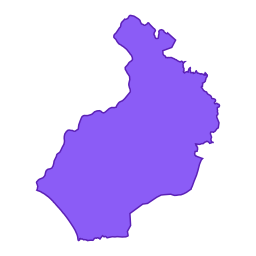 outline of Coahuayana, Michoacán, Mexico
{"feature_id": "50627088B63268830739579", "entity_name": "Coahuayana", "entity_type": "district", "adm_level": 2, "iso_a3": "MEX", "parent_name": "Mexico", "parent_adm1": "Michoacán", "projection": "albers", "projection_center": [-103.604, 18.758], "detail": "fine", "context": "isolated", "style": "filled", "palette": "violet", "viewbox_px": 256, "rotation_deg": 0, "n_neighbors": 0, "source": "geoboundaries", "source_scale": "gbopen_adm2", "svg_char_len": 5742}
<svg xmlns="http://www.w3.org/2000/svg" viewBox="0 0 256 256"><path d="M161.6,29.7L159.9,30.1L159.3,30.6L158.8,31.5L159.0,32.7L159.0,33.7L158.6,35.2L158.3,38.0L157.8,38.4L157.1,38.5L156.2,38.5L155.7,38.3L155.0,37.2L154.8,36.1L154.5,35.4L154.1,34.9L153.9,34.1L154.4,32.3L155.0,31.5L155.4,30.4L155.2,30.0L154.5,28.9L153.7,28.4L152.5,27.2L149.8,24.4L148.8,23.1L148.5,22.9L148.0,22.8L147.1,23.9L145.1,25.2L144.6,25.3L143.9,25.1L143.3,24.6L141.4,23.8L140.4,21.8L140.0,20.5L139.5,19.9L138.1,18.7L134.3,16.3L133.0,15.9L131.0,15.6L130.9,15.4L130.4,15.4L129.9,15.5L129.4,15.9L129.0,16.3L128.1,18.0L127.6,18.5L126.5,19.1L125.6,19.4L125.1,19.3L124.7,19.1L123.4,20.6L122.0,22.0L121.3,23.1L121.0,23.8L120.6,26.4L120.3,27.0L120.0,27.5L119.5,27.8L116.1,32.9L114.8,34.1L114.0,35.2L113.8,37.1L114.4,38.0L115.9,39.4L117.1,41.6L118.8,43.8L119.7,44.3L121.0,45.0L121.8,45.7L123.2,46.5L126.6,49.3L129.8,53.3L130.4,54.3L131.4,55.3L132.3,57.5L132.5,59.4L132.1,60.1L131.2,61.0L130.1,61.7L129.0,62.6L127.6,64.8L125.2,67.4L125.3,68.3L125.2,68.9L125.5,69.8L125.9,70.3L127.4,73.2L128.5,74.7L129.5,76.3L129.8,79.5L128.9,83.3L128.8,84.9L129.5,87.9L129.9,88.7L130.2,89.7L130.3,91.4L130.1,92.1L124.7,98.7L123.2,100.1L122.5,100.7L119.6,102.0L118.6,102.9L117.0,105.2L116.5,106.2L116.3,107.1L115.8,107.3L115.2,107.3L114.9,107.5L114.3,107.6L111.7,107.5L110.2,108.1L109.2,108.6L105.7,111.7L104.6,112.5L103.4,112.9L101.6,112.1L101.0,111.3L99.6,110.7L97.0,110.9L94.6,111.8L92.2,114.0L91.0,114.6L88.4,115.4L87.2,115.6L84.4,115.5L83.4,115.7L82.1,116.6L81.3,118.1L80.2,120.9L78.8,124.8L78.5,127.0L78.3,129.0L75.0,131.3L73.5,131.1L72.5,130.5L70.8,130.4L69.6,130.1L68.7,130.1L67.6,130.4L67.0,131.1L66.5,131.4L64.8,134.0L64.3,136.3L64.2,138.3L64.5,141.0L64.3,142.7L63.9,144.3L62.4,147.0L61.0,150.0L60.0,151.9L59.3,152.6L57.4,153.9L56.7,154.8L56.4,156.3L54.1,161.1L53.8,163.2L53.1,165.8L51.8,168.1L49.8,168.9L48.0,169.2L46.4,170.4L45.7,172.0L44.9,175.5L44.0,176.7L42.9,177.8L39.4,179.2L38.1,180.2L37.7,180.8L36.7,181.8L36.5,182.7L37.3,184.7L37.8,186.6L37.5,187.7L37.3,189.2L36.8,190.1L37.2,190.2L37.4,190.5L39.8,191.3L41.4,192.1L42.3,192.8L43.1,193.1L44.9,194.2L45.3,194.6L45.9,194.9L46.2,195.3L46.9,195.7L47.5,196.3L47.8,196.3L48.7,197.1L51.1,199.3L52.0,200.3L52.7,200.9L53.4,201.6L53.4,201.9L53.7,202.2L54.9,203.3L56.6,205.4L57.5,206.3L58.2,207.2L58.9,207.8L59.4,208.5L60.8,210.0L63.3,213.2L64.3,214.2L64.7,214.8L66.5,217.1L69.2,220.9L73.1,226.8L75.1,230.2L77.0,234.5L77.6,236.5L78.1,240.0L78.5,240.5L79.0,240.4L79.9,239.5L79.8,238.7L80.4,238.5L81.7,239.1L82.5,239.0L83.5,239.8L84.7,239.6L85.1,239.8L86.0,239.7L86.5,240.1L87.0,240.1L87.4,240.6L88.0,240.6L88.6,240.4L91.0,240.2L92.8,240.3L93.2,240.1L93.6,239.6L94.3,238.5L95.5,238.0L96.6,238.2L97.2,237.8L97.9,237.7L98.5,238.2L99.1,238.2L99.9,238.8L100.0,239.0L100.3,238.8L100.5,238.2L102.5,235.7L103.6,236.5L104.1,236.6L104.2,236.8L104.9,236.5L105.7,236.5L106.8,237.4L107.1,237.8L112.2,236.7L115.0,236.9L117.2,236.6L122.2,237.0L123.9,236.9L125.9,236.8L127.9,236.0L128.1,235.4L127.4,231.4L130.6,225.5L129.9,213.5L142.7,204.1L147.6,203.4L156.8,197.2L161.2,195.0L164.1,194.7L170.8,194.2L172.7,194.9L174.5,195.4L176.4,195.3L178.8,194.9L180.9,194.8L183.6,193.8L186.4,192.4L191.2,189.0L191.4,187.7L192.0,186.9L194.1,181.1L196.5,175.2L198.0,170.2L199.5,164.3L201.2,160.1L202.6,158.5L201.9,158.3L195.7,156.0L195.7,155.5L195.1,155.3L194.8,154.7L194.6,153.5L194.8,153.2L195.1,151.5L197.1,151.3L197.2,151.1L197.2,150.6L197.6,149.3L197.5,147.2L196.9,146.7L196.7,146.4L196.8,145.8L196.6,145.4L196.1,145.5L195.6,143.9L199.3,144.4L199.7,144.4L201.8,143.6L203.0,143.7L205.0,142.1L205.8,141.9L206.6,141.5L206.8,141.3L207.6,141.5L209.0,142.4L209.5,142.9L209.6,143.3L211.0,143.0L211.9,142.3L212.4,142.3L213.5,142.8L212.9,142.2L211.5,141.8L211.4,141.7L210.9,139.2L211.1,138.4L211.5,137.5L211.5,137.0L210.5,134.1L210.4,133.1L210.9,132.0L212.5,132.0L213.5,132.3L214.0,131.8L215.0,131.3L217.1,128.5L217.9,128.2L218.3,127.7L219.0,122.8L216.7,117.1L216.7,115.4L217.7,114.7L217.8,114.4L217.9,113.8L217.9,113.2L217.3,111.9L217.6,110.7L217.3,109.2L217.4,107.4L218.9,107.0L219.4,106.1L219.5,105.6L219.4,105.2L218.9,104.4L218.7,104.2L217.7,104.1L216.9,103.3L216.6,103.3L215.5,103.8L215.0,103.8L214.6,103.5L214.4,103.1L214.4,102.5L215.2,101.5L215.5,100.9L215.5,100.1L215.2,99.5L214.4,99.0L213.2,98.6L212.2,98.6L211.8,98.4L211.3,96.7L210.5,95.6L208.4,94.4L207.5,93.8L207.2,93.4L206.7,92.2L206.4,91.9L205.3,91.6L204.6,91.2L203.9,90.6L203.6,90.5L202.6,88.9L202.2,88.4L201.9,88.0L201.8,87.5L201.3,87.1L201.9,86.4L202.4,86.4L202.3,85.4L202.6,85.1L202.7,83.5L202.5,83.2L203.0,83.0L204.3,82.2L205.3,81.2L205.5,80.0L205.7,79.6L205.9,78.5L206.2,77.7L207.0,76.7L207.3,75.8L207.2,74.9L206.4,74.8L206.2,73.7L205.2,72.8L204.8,73.7L205.5,75.0L204.5,75.1L203.9,74.9L203.1,74.2L202.0,74.0L201.2,73.7L200.8,74.1L200.4,73.8L199.6,73.7L198.3,73.1L197.4,73.1L196.3,70.9L195.9,71.1L195.3,72.3L194.8,73.1L193.4,73.4L193.2,72.5L191.0,72.8L190.4,72.5L190.6,71.2L190.3,70.7L190.2,69.9L189.6,69.8L189.9,68.9L190.2,68.7L190.4,68.3L190.3,67.7L189.7,68.0L188.8,69.1L188.1,72.1L187.1,71.6L185.9,72.0L184.6,72.9L184.3,72.6L183.8,72.5L183.6,72.2L183.4,71.7L183.4,71.4L183.9,71.2L184.0,70.4L183.8,69.7L184.0,69.1L184.0,68.6L183.4,67.5L183.4,67.2L183.0,67.0L183.2,65.9L183.0,64.7L183.0,64.4L183.5,63.1L184.2,62.3L184.9,61.7L184.7,61.7L183.3,62.6L183.3,62.4L182.7,62.3L182.7,62.0L181.9,61.3L181.4,61.2L180.2,61.9L178.8,61.4L177.0,60.4L176.3,59.8L175.1,59.4L174.1,58.7L172.5,58.1L171.7,57.6L171.0,57.5L169.1,57.6L168.3,57.5L167.8,57.8L166.8,57.4L166.0,57.7L165.7,57.5L165.4,56.5L164.9,55.8L163.9,55.4L163.0,54.0L162.8,50.7L171.8,47.4L175.6,40.1L167.7,33.0L167.6,33.3L167.1,33.7L165.9,33.4L165.5,33.0L164.0,31.8L163.7,30.8L163.2,30.4L161.6,29.7Z" fill="#8b5cf6" stroke="#5b21b6" stroke-width="1.5"/></svg>